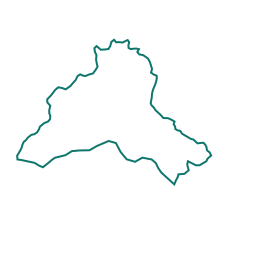 outline of Ceres, Goiás, Brazil, rotated 207°
{"feature_id": "56859067B10166822363593", "entity_name": "Ceres", "entity_type": "district", "adm_level": 2, "iso_a3": "BRA", "parent_name": "Brazil", "parent_adm1": "Goiás", "projection": "robinson", "projection_center": [-49.639, -15.273], "detail": "fine", "context": "isolated", "style": "outline", "palette": "teal", "viewbox_px": 256, "rotation_deg": 207, "n_neighbors": 0, "source": "geoboundaries", "source_scale": "gbopen_adm2", "svg_char_len": 1885}
<svg xmlns="http://www.w3.org/2000/svg" viewBox="0 0 256 256"><g transform="rotate(207 128 128)"><path d="M180.4,200.3L181.9,197.2L181.0,192.9L181.3,189.5L184.2,187.5L187.8,185.4L190.4,186.1L193.2,186.7L194.2,183.8L192.0,180.8L189.2,178.6L187.4,174.3L184.7,170.8L183.0,168.9L183.2,165.3L184.0,160.6L186.8,158.2L189.4,155.1L191.8,154.2L194.9,154.1L196.5,151.4L196.4,147.0L197.4,143.5L198.3,139.5L201.0,134.2L204.9,133.7L208.6,132.6L210.2,128.8L210.7,125.9L211.4,122.1L213.0,116.9L211.5,114.2L207.3,112.5L206.2,107.9L204.9,105.5L202.6,103.3L201.5,100.4L202.1,97.6L205.0,94.1L207.1,89.3L206.7,86.4L207.0,82.9L208.5,80.1L211.0,78.0L212.9,73.9L213.4,71.0L214.6,68.1L214.4,64.7L213.8,62.1L213.8,58.4L214.2,53.0L212.2,49.8L208.4,51.1L195.6,54.5L193.2,54.4L190.9,54.1L186.0,54.4L184.1,58.6L182.6,61.9L181.2,65.4L179.5,68.4L171.4,75.4L167.5,81.9L161.0,86.0L152.2,90.7L147.4,98.0L139.4,107.6L135.6,108.4L131.9,109.1L123.9,103.4L115.0,99.5L106.4,101.1L103.9,104.8L101.7,108.1L92.7,110.7L87.3,109.4L83.0,106.1L78.1,103.4L61.2,98.8L61.5,102.9L61.4,106.6L61.9,109.7L56.9,112.8L54.7,117.9L58.6,122.2L59.5,125.6L50.7,125.6L47.3,127.3L43.1,134.0L43.2,136.7L41.4,141.3L44.2,143.3L47.5,144.0L49.5,146.7L51.6,148.2L54.0,149.1L56.0,148.0L59.1,145.9L62.0,146.7L64.4,147.4L67.5,146.8L70.7,147.1L73.6,147.2L77.4,147.5L80.0,149.1L83.1,148.4L85.3,148.6L86.8,150.8L89.0,152.0L89.5,154.9L93.2,155.1L96.9,154.9L101.1,152.9L104.0,154.2L107.5,155.2L111.5,156.3L114.2,157.9L117.3,158.9L119.1,160.5L120.6,165.7L122.1,169.3L122.9,172.4L123.3,175.6L123.5,179.0L124.1,182.6L124.9,185.3L126.2,187.6L129.6,187.3L132.6,187.8L133.4,191.5L136.7,195.0L138.8,197.0L141.8,199.0L147.5,199.8L151.4,198.7L154.2,200.0L154.1,203.2L156.8,202.5L159.3,201.0L161.5,199.5L163.8,199.6L165.2,201.8L165.9,205.0L168.2,206.2L169.7,204.4L171.6,201.7L174.9,200.5L177.5,199.0L180.4,200.3Z" fill="none" stroke="#0f766e" stroke-width="2"/></g></svg>